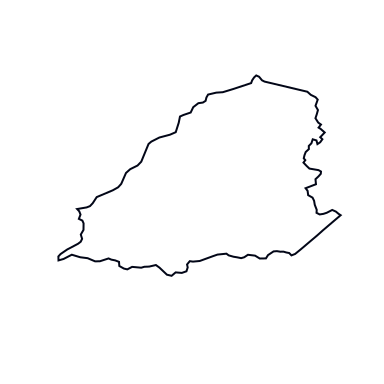 outline of Verdejante, Pernambuco, Brazil, rotated 252°
{"feature_id": "56859067B79856734392971", "entity_name": "Verdejante", "entity_type": "district", "adm_level": 2, "iso_a3": "BRA", "parent_name": "Brazil", "parent_adm1": "Pernambuco", "projection": "equal_earth", "projection_center": [-39.001, -7.953], "detail": "fine", "context": "isolated", "style": "outline", "palette": "ink", "viewbox_px": 384, "rotation_deg": 252, "n_neighbors": 0, "source": "geoboundaries", "source_scale": "gbopen_adm2", "svg_char_len": 2009}
<svg xmlns="http://www.w3.org/2000/svg" viewBox="0 0 384 384"><g transform="rotate(252 192 192)"><path d="M208.5,78.8L205.0,79.0L201.4,76.1L198.7,78.9L195.7,79.2L189.5,77.1L185.9,73.1L181.4,73.0L179.1,70.8L178.0,67.7L175.9,55.6L173.6,47.8L172.0,45.0L168.2,43.9L168.0,49.2L169.5,58.3L164.5,65.5L161.3,72.3L156.0,78.4L154.6,83.0L154.6,92.1L152.6,94.4L150.7,97.8L148.1,101.0L144.1,100.0L140.2,103.6L138.4,106.6L139.3,111.9L135.7,120.3L135.6,123.6L134.3,128.2L133.7,135.1L130.1,137.7L121.1,142.6L118.6,146.7L120.6,151.6L118.2,157.3L118.3,162.2L121.6,164.6L124.6,164.9L126.9,168.5L125.5,171.4L124.0,178.0L124.2,183.6L124.5,192.2L124.6,196.9L122.7,205.7L120.4,207.3L117.6,211.5L115.9,214.8L113.9,218.3L113.8,221.5L115.0,225.8L112.0,232.3L107.8,235.9L106.0,241.8L108.5,244.8L110.3,251.2L109.5,254.5L107.9,257.6L107.0,260.6L105.4,262.9L103.9,265.6L101.0,267.0L101.2,270.9L103.8,277.6L112.2,298.1L115.2,304.9L124.0,326.2L126.0,324.6L128.9,322.8L131.6,319.8L130.6,313.7L130.6,310.2L131.2,306.5L133.7,304.0L136.5,305.1L141.9,304.8L145.9,305.4L149.4,304.9L153.1,301.5L157.4,302.3L160.5,301.2L161.1,312.3L166.0,313.4L167.8,317.2L169.5,320.1L171.6,321.0L173.7,319.1L178.0,310.9L181.3,309.1L185.5,307.1L187.3,309.6L189.5,308.7L192.3,310.4L194.9,312.5L196.7,316.4L199.7,317.3L201.4,320.6L204.8,323.1L202.6,326.3L198.8,326.1L199.7,329.3L201.9,332.3L204.5,330.9L207.6,336.6L212.3,333.8L214.1,332.3L216.3,335.5L219.0,333.5L224.0,332.2L227.4,334.7L231.0,337.1L235.8,336.1L241.0,340.1L244.0,338.8L247.7,335.0L251.7,332.7L274.6,295.1L276.6,293.1L280.9,291.4L283.0,289.1L281.8,286.5L279.6,283.7L277.3,281.9L277.2,262.8L277.4,252.1L279.0,245.8L279.7,237.4L277.4,234.9L274.5,233.1L273.7,230.0L274.5,225.5L272.3,219.4L268.0,215.3L267.9,207.7L267.5,203.9L262.0,200.8L253.9,195.0L253.3,188.7L253.9,177.8L252.5,168.9L251.1,165.5L236.5,153.1L234.0,148.4L232.8,140.3L230.5,135.1L221.6,127.2L219.3,123.2L218.1,117.2L216.6,99.8L212.0,94.1L210.1,90.6L209.9,87.0L211.3,77.5L208.5,78.8Z" fill="none" stroke="#020617" stroke-width="2"/></g></svg>